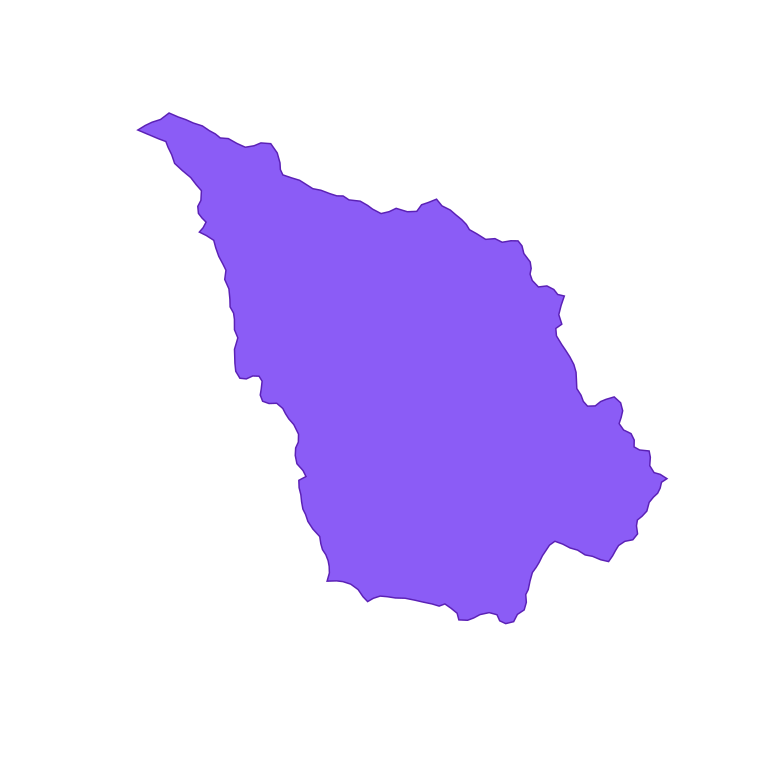 Nova Módica, Minas Gerais, Brazil (Mercator projection), rotated 283°
{"feature_id": "56859067B57192230716204", "entity_name": "Nova Módica", "entity_type": "district", "adm_level": 2, "iso_a3": "BRA", "parent_name": "Brazil", "parent_adm1": "Minas Gerais", "projection": "mercator", "projection_center": [-41.519, -18.438], "detail": "fine", "context": "isolated", "style": "filled", "palette": "violet", "viewbox_px": 768, "rotation_deg": 283, "n_neighbors": 0, "source": "geoboundaries", "source_scale": "gbopen_adm2", "svg_char_len": 2987}
<svg xmlns="http://www.w3.org/2000/svg" viewBox="0 0 768 768"><g transform="rotate(283 384 384)"><path d="M355.4,681.0L358.1,673.5L358.4,667.1L364.2,661.3L372.5,660.0L378.4,657.4L377.2,647.9L379.0,641.8L385.7,640.4L391.2,635.9L393.1,627.8L398.3,622.0L404.9,622.6L411.6,622.6L418.9,618.8L423.2,611.2L419.0,603.8L415.6,599.0L410.2,594.8L408.2,587.3L411.9,582.1L417.4,578.5L422.9,572.9L431.9,570.4L438.6,568.5L445.7,564.6L452.2,559.0L457.3,553.8L462.3,548.4L469.7,541.2L476.8,538.9L482.3,543.8L490.9,538.7L500.4,538.9L510.3,539.9L510.3,533.1L514.3,528.2L516.2,520.7L513.3,512.6L518.2,505.2L523.9,501.6L529.7,501.4L535.8,499.0L542.6,490.9L549.6,487.4L553.6,482.4L552.1,475.4L548.7,467.3L550.6,459.4L547.8,450.5L551.2,440.7L553.6,432.5L558.0,428.3L561.6,422.8L565.1,415.7L568.4,409.5L570.6,400.4L575.9,393.6L570.8,386.3L567.1,380.3L559.6,377.1L557.1,368.0L557.9,356.3L553.1,350.3L549.4,342.8L551.8,333.6L554.3,327.9L556.8,319.7L555.5,308.5L558.0,301.9L556.7,295.7L557.3,288.3L558.6,278.9L558.3,270.7L560.8,263.6L563.5,255.9L564.1,247.1L565.0,238.4L569.6,234.8L576.1,232.9L585.1,228.0L592.7,219.6L591.2,209.8L586.9,203.8L583.5,195.6L585.3,186.6L588.1,177.1L586.9,169.1L589.7,163.5L591.6,156.7L594.6,149.0L595.4,139.5L597.0,131.4L597.9,123.3L599.7,113.6L591.5,106.8L586.9,99.1L582.2,93.2L576.1,87.0L574.2,97.7L572.2,109.3L571.2,116.9L566.0,120.4L559.6,125.6L551.8,130.4L546.6,139.5L541.7,149.2L536.1,156.0L531.3,162.6L521.7,164.3L515.2,162.6L508.5,164.8L504.8,169.3L501.7,174.2L495.6,172.6L490.5,169.9L488.7,177.5L485.7,185.8L478.9,189.4L471.2,194.3L464.8,199.9L459.3,204.4L450.0,205.3L441.8,211.5L431.9,214.8L424.5,216.7L419.2,221.5L413.4,223.7L403.2,226.1L396.1,231.2L390.4,230.9L384.2,230.5L377.8,232.2L370.6,234.1L363.0,236.7L357.2,242.3L358.0,248.7L362.3,254.3L363.5,260.5L359.3,264.6L351.6,265.5L345.4,265.9L339.9,269.6L339.1,276.3L341.1,283.8L337.4,290.9L332.8,294.8L328.5,299.2L324.2,305.2L315.9,312.0L308.1,313.6L301.8,312.3L294.4,313.6L286.7,317.1L281.4,324.6L276.3,328.8L271.0,322.7L263.9,324.6L257.4,327.9L250.7,330.2L243.9,333.1L239.3,336.9L232.9,340.8L226.6,347.4L220.9,355.7L214.1,358.4L208.8,361.3L204.6,365.7L199.3,369.3L194.0,371.6L187.6,373.3L179.1,372.9L181.5,382.0L182.2,388.4L181.5,396.6L177.9,405.0L172.0,411.4L168.3,417.0L172.8,421.8L176.5,428.0L177.5,435.2L178.1,443.3L180.0,452.7L180.3,462.5L180.3,471.2L180.5,480.3L180.0,487.7L183.4,492.8L180.6,499.7L177.1,506.8L171.0,510.0L172.6,518.6L176.2,524.0L180.9,529.4L184.9,537.9L184.6,546.0L179.3,550.0L177.9,556.5L181.6,563.8L189.5,565.8L195.4,571.4L203.3,571.8L210.7,569.5L216.2,570.8L224.8,570.6L233.7,571.0L239.6,573.5L245.1,575.3L252.3,577.0L257.8,579.1L264.2,581.5L269.2,585.9L268.2,594.2L266.1,602.2L265.7,610.0L262.7,618.4L263.0,625.9L261.5,634.6L261.5,642.8L268.0,645.4L273.7,647.0L279.4,648.9L284.9,654.1L288.2,661.5L295.0,664.8L302.6,661.9L308.5,661.5L313.2,665.2L319.3,668.7L328.3,669.0L334.4,672.0L339.1,675.2L344.6,676.5L350.7,676.5L355.4,681.0Z" fill="#8b5cf6" stroke="#5b21b6" stroke-width="1.5"/></g></svg>